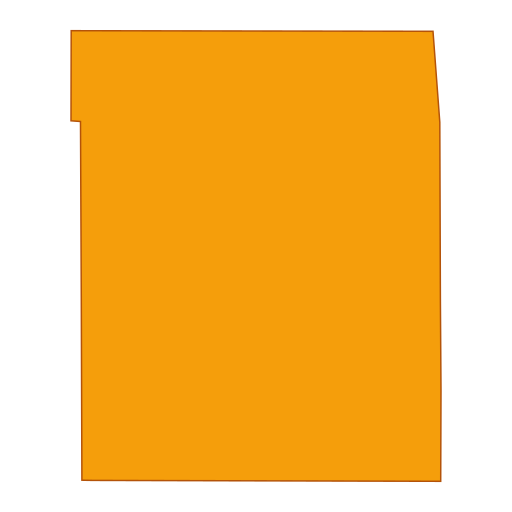 the district of Lyon, Minnesota, United States of America
{"feature_id": "52423323B64870034285925", "entity_name": "Lyon", "entity_type": "district", "adm_level": 2, "iso_a3": "USA", "parent_name": "United States of America", "parent_adm1": "Minnesota", "projection": "mercator", "projection_center": [-95.88, 44.413], "detail": "fine", "context": "isolated", "style": "filled", "palette": "amber", "viewbox_px": 512, "rotation_deg": 0, "n_neighbors": 0, "source": "geoboundaries", "source_scale": "gbopen_adm2", "svg_char_len": 266}
<svg xmlns="http://www.w3.org/2000/svg" viewBox="0 0 512 512"><path d="M71.2,30.7L71.0,120.8L80.5,121.5L81.3,299.4L81.9,480.2L92.8,480.4L440.7,481.3L441.0,391.0L440.4,300.6L439.8,122.3L433.0,31.3L71.2,30.7Z" fill="#f59e0b" stroke="#b45309" stroke-width="1.5"/></svg>